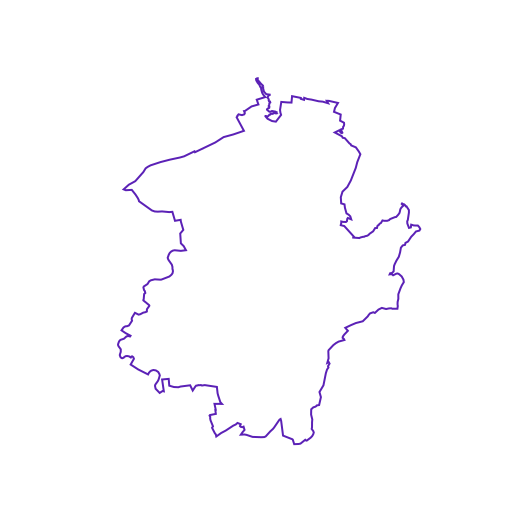 the district of Sieu-Odorhei, Bistrita-Nasaud, Romania, rotated 213°
{"feature_id": "2599482B30244428073322", "entity_name": "Sieu-Odorhei", "entity_type": "district", "adm_level": 2, "iso_a3": "ROU", "parent_name": "Romania", "parent_adm1": "Bistrita-Nasaud", "projection": "albers", "projection_center": [24.269, 47.13], "detail": "fine", "context": "isolated", "style": "outline", "palette": "violet", "viewbox_px": 512, "rotation_deg": 213, "n_neighbors": 0, "source": "geoboundaries", "source_scale": "gbopen_adm2", "svg_char_len": 6133}
<svg xmlns="http://www.w3.org/2000/svg" viewBox="0 0 512 512"><g transform="rotate(213 256 256)"><path d="M344.9,371.0L343.2,369.8L343.0,368.4L344.5,366.5L347.8,365.3L348.0,363.5L347.7,363.3L347.8,361.8L334.3,354.4L341.3,345.5L347.9,338.1L352.0,329.0L363.7,309.8L364.6,310.3L370.6,300.4L373.5,297.1L380.7,289.9L387.2,282.8L393.8,274.6L395.4,271.7L396.3,269.4L396.2,265.0L398.0,253.0L401.5,246.5L403.3,239.8L401.1,240.2L396.2,243.8L390.5,241.9L386.7,240.2L385.0,239.2L383.9,238.2L368.1,237.5L365.2,238.2L362.5,239.7L359.1,242.2L352.6,245.6L350.2,247.5L343.1,241.4L338.9,245.3L337.8,244.0L331.2,238.3L331.8,233.6L325.9,225.7L322.0,224.9L317.9,222.7L321.8,219.4L327.4,216.5L328.7,215.2L329.6,213.5L330.0,211.6L329.9,209.7L329.1,206.4L328.0,205.5L326.9,204.9L321.9,202.9L320.2,201.4L318.9,199.5L318.3,199.1L317.3,197.9L316.6,196.0L316.7,194.2L317.5,191.6L322.5,184.7L323.4,184.0L328.2,181.3L330.9,178.4L331.8,176.6L331.7,173.7L331.8,173.2L333.5,169.3L333.3,168.3L331.4,166.5L330.1,166.0L328.7,164.7L329.1,163.2L326.6,158.5L326.5,157.6L326.2,157.4L319.0,156.6L318.5,156.4L318.3,155.9L318.5,152.2L318.2,151.4L317.3,150.0L318.1,148.7L319.7,147.1L321.3,144.2L322.5,142.9L326.6,142.4L326.4,136.7L326.2,135.9L325.6,135.0L324.7,134.2L324.7,128.6L325.8,127.0L327.3,125.8L327.9,124.6L328.2,123.8L328.3,120.4L323.4,120.3L317.8,120.8L317.8,119.9L319.4,119.4L320.8,118.1L321.7,114.7L324.0,111.8L324.3,110.4L324.2,109.1L323.6,106.8L323.2,106.2L322.0,105.4L318.6,104.1L317.2,101.9L316.5,99.2L316.0,98.4L314.4,97.3L313.2,97.2L312.5,97.4L311.6,98.6L311.4,99.8L310.5,101.3L309.3,102.1L307.7,102.7L305.7,102.7L305.7,103.9L305.2,104.4L303.8,104.3L302.4,103.3L302.0,96.7L293.0,96.7L282.0,97.9L282.2,99.7L282.0,101.2L281.4,102.8L280.0,104.5L277.7,105.5L274.9,105.5L272.9,104.5L271.6,103.4L270.4,99.3L270.2,97.6L270.4,93.3L270.0,92.1L267.9,90.0L262.2,88.7L260.8,91.9L259.6,92.3L267.5,101.3L262.3,105.4L258.1,100.0L253.5,101.4L249.7,103.6L248.2,105.4L240.8,111.7L235.8,108.7L235.8,113.5L235.6,114.7L234.7,115.4L234.1,116.3L233.6,116.4L231.9,117.8L231.5,117.7L230.7,118.0L228.7,119.8L217.5,124.9L213.4,119.9L211.5,118.2L206.3,114.0L204.0,113.4L210.3,109.4L206.0,105.1L206.3,104.8L203.7,101.7L207.5,98.0L208.0,97.5L208.0,96.8L206.8,96.2L205.9,94.7L204.6,93.4L199.3,89.7L199.3,88.0L194.1,85.0L192.4,84.4L191.0,83.0L188.8,88.6L186.3,93.1L182.7,101.3L181.2,103.7L180.6,105.9L177.2,106.6L176.8,104.6L175.8,104.4L174.2,105.0L173.5,106.1L170.9,103.9L171.3,101.0L171.4,97.9L168.5,100.0L166.6,100.8L160.4,102.4L152.7,107.0L150.4,108.7L149.6,110.0L148.5,116.7L147.6,120.2L147.4,122.0L147.2,130.8L147.1,131.7L146.6,132.7L145.0,131.3L135.5,120.1L125.7,122.1L125.1,122.0L121.5,119.0L117.8,121.6L116.5,122.9L114.6,128.7L113.6,128.5L112.9,128.8L111.2,133.4L110.8,135.5L110.9,137.6L111.4,139.4L112.5,140.3L115.1,141.3L115.7,142.8L118.5,147.2L119.8,149.6L123.4,153.0L126.2,157.5L125.5,160.3L124.1,162.0L123.7,163.0L123.7,163.7L121.9,165.4L124.7,173.0L128.7,176.5L129.0,184.3L133.6,195.8L134.6,199.5L134.5,201.9L135.6,202.8L135.7,205.8L137.2,206.6L138.0,205.2L139.4,209.7L143.6,215.7L143.8,216.7L142.6,223.4L141.5,226.5L140.1,229.2L136.1,233.7L137.1,234.3L138.7,234.5L139.1,235.0L139.3,236.1L139.2,238.1L138.2,243.3L142.0,244.4L138.6,249.9L135.7,254.2L130.9,259.4L129.4,266.2L129.4,267.9L129.1,270.0L127.0,272.7L125.3,273.0L124.1,277.8L122.2,281.0L118.0,282.4L115.9,284.5L114.1,285.8L113.0,286.0L108.7,288.8L109.8,291.2L111.0,292.6L112.2,294.6L113.3,297.6L115.8,301.4L117.2,307.5L117.7,310.8L117.8,314.6L119.5,316.5L122.7,318.2L126.1,318.7L127.7,318.5L128.7,317.6L130.5,314.5L132.0,314.7L133.0,314.2L133.9,313.4L134.1,314.6L132.7,315.8L132.2,318.0L134.8,322.8L135.2,324.5L135.7,328.6L135.8,333.1L137.1,337.4L139.0,341.9L138.7,344.8L137.1,346.5L137.8,348.4L136.4,350.9L136.3,356.7L135.6,360.2L135.2,363.7L132.8,366.3L132.9,368.1L134.7,369.1L136.8,369.7L140.2,367.6L142.9,366.8L141.7,364.3L143.0,362.9L146.8,365.7L148.1,367.5L148.3,368.9L151.4,375.7L152.8,377.8L156.8,379.6L157.3,379.2L158.6,379.8L160.0,380.0L161.4,379.5L162.1,379.6L162.1,379.0L160.6,378.7L159.9,378.3L160.4,376.1L160.5,374.5L160.3,373.5L159.5,371.5L159.1,370.1L159.2,368.1L159.7,365.1L160.7,364.2L163.3,360.5L163.8,359.6L163.9,358.6L165.2,356.9L167.7,355.3L169.3,354.7L169.2,351.7L169.9,350.4L170.0,348.6L170.5,347.9L170.5,347.2L169.8,345.4L171.3,344.3L171.2,340.5L172.9,336.4L173.0,335.3L173.6,333.8L174.1,333.2L175.2,332.1L175.9,330.9L176.6,330.5L178.6,328.3L179.0,327.4L184.5,324.4L184.6,324.6L184.4,325.5L198.3,329.2L201.7,328.0L202.1,328.9L202.4,330.0L203.3,331.4L201.6,332.0L199.1,333.5L198.7,334.7L199.7,336.8L199.7,337.9L196.1,338.6L198.5,340.6L200.8,341.1L203.3,341.0L207.7,344.9L209.9,347.5L213.2,346.5L216.9,351.5L218.5,357.1L217.0,363.6L217.6,371.0L220.3,384.2L222.2,389.9L223.9,398.2L226.6,399.6L231.4,401.5L236.4,400.6L237.5,401.3L238.9,401.3L245.7,403.2L247.7,402.4L249.2,403.2L257.2,402.5L254.7,406.7L252.1,405.6L250.9,405.8L250.7,406.4L253.7,408.4L252.4,410.2L253.3,411.9L253.2,413.1L253.8,414.5L254.8,415.7L259.2,415.3L262.0,420.8L269.1,419.4L270.4,423.1L270.6,429.0L279.4,425.8L281.2,424.7L278.7,423.4L284.1,421.8L287.7,419.9L294.6,417.4L298.6,415.6L301.7,414.9L300.8,413.1L304.0,412.2L304.5,413.0L312.8,409.7L309.8,404.0L313.3,401.9L318.7,399.0L315.4,391.6L313.6,389.5L311.8,388.0L312.5,379.5L316.1,377.9L321.1,377.4L324.2,378.3L324.3,378.6L324.0,378.8L322.2,379.2L321.8,380.8L321.7,382.0L321.0,382.4L321.0,383.4L319.4,384.3L319.5,384.8L318.6,385.8L316.8,386.5L316.5,386.8L317.0,386.9L317.0,387.8L318.5,387.6L321.6,386.3L321.7,385.8L323.1,384.4L323.7,384.3L326.5,384.7L326.7,385.0L326.2,386.7L325.6,387.4L326.0,388.4L327.0,388.6L327.2,389.0L327.1,389.8L327.8,390.9L327.9,391.5L327.6,392.5L328.4,393.2L329.2,392.8L330.1,393.4L330.6,394.3L331.7,394.9L332.7,395.1L332.8,395.9L332.8,397.8L332.2,398.5L332.4,398.8L335.5,397.3L338.2,398.0L339.1,398.4L341.5,400.7L341.9,401.5L342.6,401.4L343.1,402.0L343.1,402.7L345.7,403.2L350.7,404.7L351.3,406.0L351.8,405.7L352.4,404.5L351.4,403.4L348.8,402.1L346.6,401.5L344.4,400.1L343.3,399.7L342.2,398.4L339.8,396.3L338.2,395.4L334.8,394.3L340.5,387.5L336.5,384.4L341.2,379.0L344.3,371.5L344.9,371.0Z" fill="none" stroke="#5b21b6" stroke-width="2"/></g></svg>